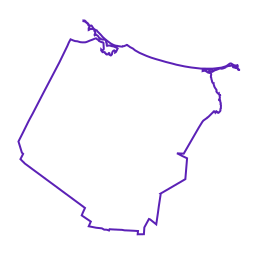 outline of Empalme, Sonora, Mexico, rotated 182°
{"feature_id": "50627088B92525339863236", "entity_name": "Empalme", "entity_type": "district", "adm_level": 2, "iso_a3": "MEX", "parent_name": "Mexico", "parent_adm1": "Sonora", "projection": "orthographic", "projection_center": [-110.763, 28.004], "detail": "fine", "context": "isolated", "style": "outline", "palette": "violet", "viewbox_px": 256, "rotation_deg": 182, "n_neighbors": 0, "source": "geoboundaries", "source_scale": "gbopen_adm2", "svg_char_len": 5571}
<svg xmlns="http://www.w3.org/2000/svg" viewBox="0 0 256 256"><g transform="rotate(182 128 128)"><path d="M188.5,214.6L190.1,211.4L191.4,208.0L198.9,191.1L213.9,159.9L223.8,139.0L226.4,133.8L227.8,130.9L232.9,119.6L237.0,110.7L233.2,99.7L231.9,98.5L234.4,93.1L231.6,90.5L230.6,89.7L230.2,89.1L168.2,46.6L170.4,41.3L170.6,40.7L171.2,39.0L161.9,33.2L163.8,28.4L161.2,28.0L156.3,27.2L153.3,27.0L150.6,26.8L148.3,25.6L145.6,25.6L143.4,24.9L142.9,26.2L140.3,26.1L131.7,26.0L130.4,26.0L127.9,25.6L124.6,25.6L118.7,25.5L114.7,25.4L114.4,25.4L114.6,22.1L108.4,22.4L108.2,29.2L103.9,37.8L102.7,37.4L96.4,32.7L95.1,44.4L94.5,50.6L93.0,63.3L93.3,63.5L68.9,78.9L67.9,99.8L73.0,102.0L76.9,103.9L78.2,104.4L71.4,104.3L57.2,131.0L54.0,136.6L53.0,138.0L49.9,140.4L49.3,141.0L49.2,140.9L47.7,142.3L43.5,146.8L43.4,146.7L43.4,146.3L43.1,146.9L42.9,147.6L41.7,147.7L41.5,148.1L41.5,147.2L41.4,147.0L41.2,146.5L40.3,147.8L39.5,147.3L39.8,146.9L39.3,146.6L39.0,147.0L38.0,146.4L36.8,147.7L36.4,148.2L36.3,148.7L36.2,149.0L36.3,149.5L36.3,150.3L36.1,150.5L35.9,150.7L35.9,150.9L35.9,154.2L36.2,154.6L36.4,155.1L36.2,155.5L36.1,155.9L36.4,156.8L36.5,156.8L36.6,157.3L36.8,157.8L36.9,158.9L37.2,159.6L37.5,159.7L37.8,159.4L37.6,159.2L37.6,158.8L37.9,159.0L37.8,159.3L37.9,159.7L37.5,159.9L37.6,160.1L37.2,161.2L37.6,163.5L37.4,163.6L37.2,163.8L37.3,163.9L37.2,164.0L37.2,164.3L37.6,164.4L38.2,164.8L38.5,165.0L38.5,165.3L38.6,165.2L39.0,165.5L39.3,165.8L39.8,166.5L40.0,166.6L40.3,166.6L40.7,167.2L41.0,167.8L40.9,168.6L40.8,168.9L41.0,169.3L42.3,171.0L43.0,172.1L43.1,172.4L43.3,172.7L43.3,173.1L43.6,173.7L43.9,174.5L43.9,174.8L44.0,175.7L44.3,175.6L44.7,175.9L45.2,176.4L45.5,177.1L45.5,177.4L45.7,177.7L45.8,178.3L46.1,179.1L46.3,179.7L46.4,180.0L46.5,181.0L46.9,181.5L46.9,182.3L47.0,182.4L47.0,182.9L46.7,183.9L46.7,184.0L46.8,184.6L46.9,185.1L47.3,186.0L47.3,186.3L47.3,186.5L47.1,186.8L47.5,186.7L47.7,186.8L48.0,187.2L48.0,187.4L48.1,187.7L48.7,188.1L48.8,187.8L49.4,187.1L49.3,186.2L49.1,185.9L49.8,186.4L49.5,186.1L50.0,186.2L52.1,187.5L52.9,187.8L54.0,187.9L54.6,187.7L54.7,187.8L55.0,187.8L55.4,187.6L55.4,188.8L55.3,189.1L54.4,189.3L54.2,189.2L53.7,189.4L53.4,189.4L53.0,189.1L52.7,188.8L52.5,188.7L51.6,188.9L50.9,189.2L50.3,189.3L48.9,189.5L48.7,189.5L48.2,189.5L46.5,189.6L46.0,189.4L45.9,189.2L45.7,189.0L45.7,188.9L45.5,188.6L45.6,188.3L45.7,188.0L45.7,187.8L45.8,187.4L46.1,187.4L45.9,187.2L45.7,187.1L44.6,187.8L43.8,188.4L42.5,189.0L42.0,189.1L38.5,190.6L37.8,190.9L37.0,190.5L35.5,190.7L34.2,191.2L32.9,191.8L32.7,191.9L32.5,192.4L32.0,192.6L30.3,193.3L29.6,193.5L28.5,193.6L25.8,194.1L25.4,194.1L24.7,193.8L24.5,193.6L24.4,193.5L24.4,193.4L24.2,193.1L23.9,192.9L23.6,192.7L23.3,192.5L23.1,192.5L22.4,191.9L22.7,192.0L22.8,191.9L23.5,192.2L23.9,192.3L24.8,192.5L25.0,192.7L25.1,193.0L25.2,192.8L25.2,192.6L25.0,192.4L23.2,192.0L22.4,191.7L21.2,191.6L20.7,191.4L20.3,191.0L20.2,190.5L19.9,190.5L19.5,189.9L19.0,189.9L19.0,190.0L19.4,190.0L19.7,190.5L20.0,190.7L19.9,191.0L20.3,191.4L20.5,191.6L21.0,191.6L21.3,192.1L21.4,192.7L21.4,192.9L21.3,193.1L21.1,193.1L21.0,193.4L20.8,193.5L20.5,193.5L20.5,194.0L20.9,194.7L21.0,194.7L21.4,194.4L21.4,194.0L21.5,194.0L24.2,194.5L24.6,194.6L26.9,195.9L27.3,196.1L27.7,196.1L28.3,196.0L28.9,195.6L31.2,193.8L32.6,193.0L36.7,191.6L42.9,190.6L46.0,190.2L49.2,190.1L54.8,190.0L57.0,189.9L67.0,190.7L73.4,191.5L82.1,193.0L85.4,193.8L92.4,195.3L97.1,196.5L102.4,197.8L107.2,199.1L112.0,200.7L119.1,203.5L123.7,205.9L125.9,207.6L128.7,208.9L130.0,209.8L131.2,210.5L131.5,210.9L132.2,211.0L132.6,210.7L135.0,209.6L136.1,209.6L136.3,209.2L136.6,209.1L138.2,209.2L140.7,209.5L141.5,209.7L143.0,209.8L145.4,210.5L148.1,211.8L151.2,213.9L154.4,216.3L156.5,218.1L158.5,220.3L161.9,223.5L162.8,224.6L163.6,224.5L164.6,225.3L165.7,226.0L167.1,227.8L167.6,228.6L168.1,229.1L168.6,229.1L169.0,228.9L169.4,228.9L169.8,229.0L170.4,229.4L170.8,229.8L171.2,230.5L171.9,231.3L172.5,231.8L172.9,231.9L173.5,232.4L174.2,233.3L174.7,233.4L175.1,233.9L175.6,233.8L176.3,233.9L176.3,233.2L174.9,233.0L172.8,231.5L171.5,230.3L170.8,229.4L171.8,229.6L170.8,229.1L170.4,228.6L170.1,227.9L170.1,227.3L170.7,226.6L170.8,226.1L170.7,224.6L170.1,224.9L169.3,225.7L168.8,225.6L168.1,225.6L167.4,225.8L166.8,225.7L166.5,225.6L165.8,225.5L165.4,225.3L165.1,225.0L165.1,224.4L165.0,223.8L164.3,222.9L163.9,221.5L164.2,221.2L164.4,220.9L164.7,219.9L164.5,219.5L164.2,219.7L163.7,219.9L163.3,220.0L162.2,219.6L161.4,219.0L160.8,218.4L160.4,217.6L159.4,216.5L158.6,216.5L158.3,216.0L157.8,215.8L156.7,215.5L155.2,215.6L154.5,215.5L153.7,215.2L152.8,214.1L153.0,214.0L152.7,212.5L152.1,211.6L152.2,210.2L151.9,209.9L151.7,209.4L151.3,209.6L149.3,209.8L148.0,209.5L146.9,209.2L145.2,209.0L141.9,207.7L141.1,207.1L142.5,203.9L143.0,203.3L143.5,203.0L143.5,203.7L143.7,204.3L143.9,204.8L144.5,205.1L145.1,204.8L145.9,204.0L146.4,202.8L146.6,201.1L147.4,200.1L147.7,199.9L149.0,200.5L149.0,201.6L149.2,202.1L149.6,202.3L150.0,202.0L150.6,201.1L151.6,200.7L152.1,200.8L152.6,201.2L152.6,201.6L153.8,202.3L154.0,203.0L154.8,203.0L155.6,203.0L156.1,202.9L156.7,203.7L156.7,203.8L156.8,204.0L157.2,204.3L157.5,204.5L157.5,205.5L157.1,205.1L156.7,204.7L156.2,204.8L155.2,205.5L155.0,206.1L155.0,206.9L155.2,209.0L155.4,211.0L155.4,211.8L155.6,212.3L156.0,212.6L156.3,212.8L156.8,212.8L157.2,212.9L157.5,212.9L159.7,213.8L159.8,214.4L160.3,214.3L161.4,215.5L162.0,215.6L163.1,216.5L164.6,216.0L166.7,215.0L169.0,214.1L171.8,212.8L173.1,212.3L174.1,212.1L176.1,212.0L178.6,212.1L181.7,212.9L183.8,213.0L185.5,213.5L188.5,214.6Z" fill="none" stroke="#5b21b6" stroke-width="2"/></g></svg>